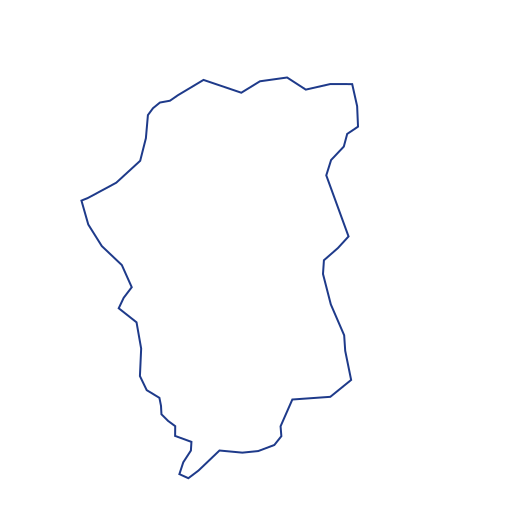 the Province of Gabrovo, rotated 69°
{"feature_id": "BGR-2246", "entity_name": "Gabrovo", "entity_type": "Province", "adm_level": 1, "iso_a3": "BGR", "parent_name": "Bulgaria", "parent_adm1": "", "projection": "orthographic", "projection_center": [25.265, 42.966], "detail": "fine", "context": "isolated", "style": "outline", "palette": "blue", "viewbox_px": 512, "rotation_deg": 69, "n_neighbors": 0, "source": "natural_earth", "source_scale": "10m", "svg_char_len": 901}
<svg xmlns="http://www.w3.org/2000/svg" viewBox="0 0 512 512"><g transform="rotate(69 256 256)"><path d="M141.7,399.1L141.6,392.3L137.5,360.2L125.6,330.0L106.6,316.6L85.7,306.4L81.1,299.2L78.3,290.7L80.2,280.7L77.9,271.2L72.8,241.9L98.3,211.2L94.3,189.7L100.5,163.0L118.5,149.9L122.1,125.0L130.0,104.6L152.4,107.9L171.8,114.4L174.7,127.1L185.3,134.8L193.3,151.5L205.9,161.5L270.9,162.6L277.9,176.6L284.3,194.1L296.8,199.9L328.0,203.5L361.6,202.1L376.5,206.7L405.8,211.6L414.1,237.1L403.0,273.5L423.8,294.1L433.3,296.9L439.0,306.6L438.9,323.8L434.7,339.2L424.5,359.8L435.7,386.6L439.2,398.8L432.2,405.7L422.5,397.8L414.3,386.5L406.4,382.9L395.0,396.0L385.9,392.4L378.6,397.1L369.9,401.0L361.9,398.4L353.8,397.0L342.1,406.1L326.5,407.4L301.3,396.4L275.1,391.3L255.6,402.9L247.6,394.5L240.6,383.2L216.4,384.5L191.5,396.4L166.5,401.3L141.7,399.1Z" fill="none" stroke="#1e3a8a" stroke-width="2"/></g></svg>